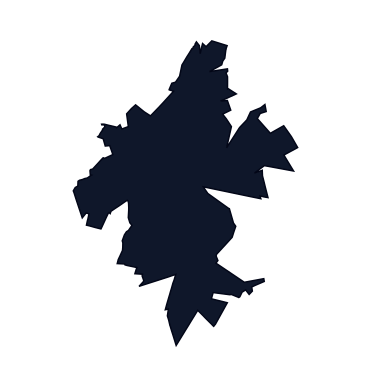 the district of Cuatro Ciénegas, Coahuila, Mexico, rotated 254°
{"feature_id": "50627088B85021541458724", "entity_name": "Cuatro Ciénegas", "entity_type": "district", "adm_level": 2, "iso_a3": "MEX", "parent_name": "Mexico", "parent_adm1": "Coahuila", "projection": "mercator", "projection_center": [-102.307, 26.665], "detail": "fine", "context": "isolated", "style": "filled", "palette": "ink", "viewbox_px": 384, "rotation_deg": 254, "n_neighbors": 0, "source": "geoboundaries", "source_scale": "gbopen_adm2", "svg_char_len": 3691}
<svg xmlns="http://www.w3.org/2000/svg" viewBox="0 0 384 384"><g transform="rotate(254 192 192)"><path d="M291.3,161.8L288.9,156.8L285.1,150.7L271.5,148.7L272.4,148.7L271.9,141.9L276.4,141.3L274.6,137.4L275.1,137.4L276.7,134.6L279.2,130.1L281.3,126.5L281.7,125.3L282.1,123.8L281.4,123.8L280.7,126.2L278.6,126.2L277.7,124.6L277.4,124.3L277.1,123.4L275.7,122.8L275.5,122.1L274.7,121.3L274.2,120.6L272.9,119.2L271.8,118.3L271.1,116.6L270.7,116.9L267.7,121.3L260.1,121.3L259.6,124.0L259.3,125.7L252.6,126.1L249.8,126.2L248.4,117.4L249.3,116.2L249.3,115.8L247.4,112.6L245.4,109.4L241.4,102.8L241.5,100.6L240.6,99.8L236.6,99.0L235.9,100.1L235.7,99.3L234.3,95.2L234.5,92.5L234.2,90.2L234.3,87.1L233.7,85.4L229.2,83.9L229.1,83.6L228.5,81.0L225.8,78.2L223.9,78.4L216.6,78.6L209.1,78.9L199.9,79.3L197.4,79.4L199.9,82.9L200.4,83.6L201.0,84.3L199.5,87.0L194.2,84.2L193.7,83.8L189.2,81.4L188.0,83.6L186.6,85.9L184.5,89.3L181.6,94.3L183.4,95.9L187.0,99.0L191.1,102.5L194.7,105.7L194.9,106.2L195.1,106.6L193.8,107.4L195.8,108.8L197.4,113.6L198.9,118.4L200.0,121.6L201.1,124.8L201.9,127.4L201.0,128.0L200.0,128.0L199.0,128.0L194.5,126.9L191.8,126.1L184.9,123.7L179.5,123.8L176.5,125.1L172.5,120.3L171.9,118.1L169.4,115.2L164.3,111.5L162.1,111.5L157.6,110.1L157.4,110.0L155.0,109.1L150.1,104.9L147.4,102.5L143.8,100.4L141.4,107.4L140.4,107.5L140.0,108.2L139.3,109.3L134.6,118.2L132.9,117.0L129.2,114.6L126.6,121.8L126.4,121.7L125.8,121.3L125.2,121.0L124.9,121.0L124.4,120.9L124.0,121.0L120.4,121.2L120.2,121.2L119.7,120.9L119.2,120.5L119.1,120.3L115.9,115.1L116.0,117.1L116.2,123.3L116.4,130.1L116.5,133.5L116.7,139.6L116.9,146.0L117.3,153.7L112.1,150.4L109.7,148.6L105.0,145.7L102.4,144.0L99.8,142.4L97.0,140.6L91.0,136.8L86.2,133.9L86.0,137.0L84.1,136.2L79.7,134.2L75.3,134.3L69.8,134.0L68.8,134.1L66.2,134.1L59.0,134.3L48.9,134.5L58.6,145.1L59.7,146.3L60.9,147.6L64.8,151.9L67.5,154.8L70.7,158.3L76.7,164.9L70.6,168.3L66.8,170.3L63.6,172.1L63.2,172.3L59.5,174.4L57.9,175.2L56.9,175.8L57.3,176.4L57.5,176.7L58.2,177.6L58.4,178.0L59.2,178.8L61.9,181.5L75.8,195.4L84.0,181.2L89.5,184.6L82.9,199.9L82.6,201.7L77.9,207.7L77.7,207.9L78.1,209.1L81.9,212.5L83.1,216.6L77.8,218.7L80.1,222.7L84.2,223.2L84.8,226.6L86.1,236.8L88.9,237.1L90.8,217.4L117.0,195.4L119.0,198.0L123.9,197.5L125.4,198.5L132.7,210.5L137.4,218.1L142.1,221.2L147.0,224.6L150.7,223.3L163.7,223.3L165.7,223.3L166.0,222.8L186.2,206.8L190.3,205.4L193.9,204.3L171.2,247.4L166.6,256.3L169.6,256.3L167.7,259.4L166.7,261.4L165.7,263.5L166.4,263.5L176.8,263.8L181.5,264.0L184.8,264.1L188.1,264.2L193.5,265.5L193.4,264.7L193.4,264.3L193.0,257.2L197.4,268.8L195.5,272.7L184.2,295.4L199.2,291.3L201.2,290.8L202.2,290.5L205.6,305.8L212.6,304.1L217.8,302.8L230.4,298.4L227.5,286.3L226.8,283.5L244.6,275.0L248.7,279.2L248.9,285.5L256.0,286.2L254.0,281.2L252.8,270.3L251.4,269.1L250.4,268.2L250.0,267.9L249.8,267.7L246.2,264.6L240.9,255.6L239.9,254.4L238.9,253.3L224.9,237.4L244.0,247.9L252.7,245.2L258.4,242.9L260.0,251.8L270.2,251.2L271.5,244.3L274.1,261.6L281.3,255.3L281.2,254.5L288.7,256.7L293.0,257.9L297.1,257.5L298.3,259.6L300.6,260.0L302.9,241.9L306.1,255.6L309.3,257.6L310.9,259.5L311.6,260.4L314.4,261.6L314.9,261.8L319.3,263.7L319.5,263.9L320.1,264.2L320.3,264.2L323.0,266.1L331.8,252.7L327.8,245.6L331.8,243.1L328.2,241.0L322.6,238.0L330.8,239.4L331.7,239.0L335.1,237.6L333.2,235.6L332.8,235.6L332.2,235.6L331.3,233.5L331.2,233.3L330.8,233.1L330.2,232.7L329.8,231.5L325.6,226.9L323.4,224.4L318.6,219.3L317.7,218.3L316.9,217.4L306.7,212.0L304.8,209.7L302.1,206.4L302.1,202.6L297.3,198.7L296.6,198.2L296.0,198.9L294.0,202.1L285.7,188.7L282.3,183.0L276.6,173.1L282.2,168.2L291.3,161.8Z" fill="#0f172a" stroke="#020617" stroke-width="1.5"/></g></svg>